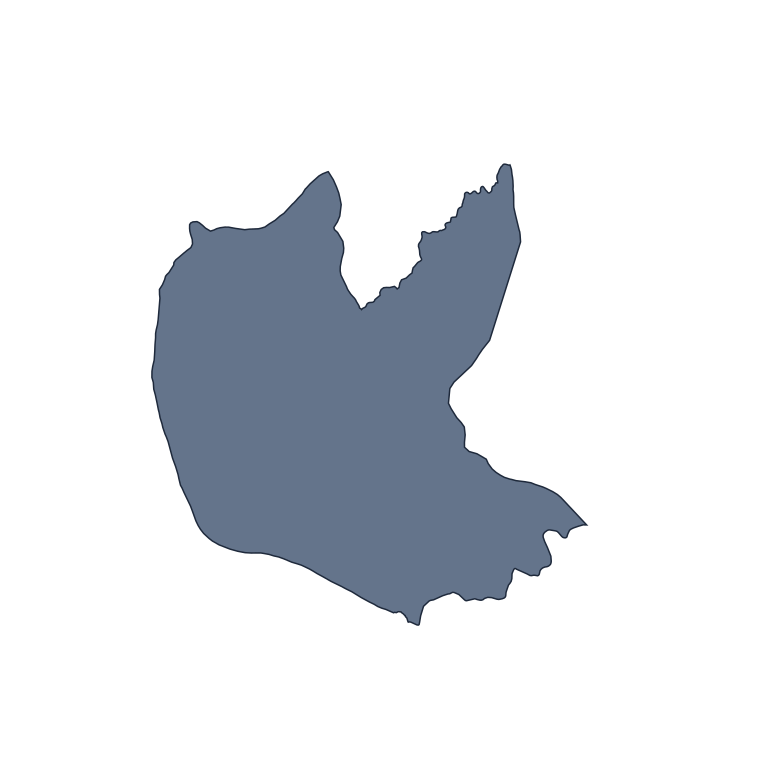 outline of Xieng Ngeun, Louangphrabang, Laos, rotated 322°
{"feature_id": "54806243B25944960154772", "entity_name": "Xieng Ngeun", "entity_type": "district", "adm_level": 2, "iso_a3": "LAO", "parent_name": "Laos", "parent_adm1": "Louangphrabang", "projection": "natural_earth1", "projection_center": [102.356, 19.612], "detail": "fine", "context": "isolated", "style": "filled", "palette": "slate", "viewbox_px": 768, "rotation_deg": 322, "n_neighbors": 0, "source": "geoboundaries", "source_scale": "gbopen_adm2", "svg_char_len": 6171}
<svg xmlns="http://www.w3.org/2000/svg" viewBox="0 0 768 768"><g transform="rotate(322 384 384)"><path d="M456.9,619.8L453.5,582.3L452.6,577.9L450.8,573.0L447.6,566.3L445.8,563.0L441.3,556.3L439.0,552.3L434.9,547.8L428.5,541.4L425.9,537.9L424.6,536.4L421.4,531.7L419.6,527.6L417.9,522.7L416.9,517.6L417.1,510.9L418.3,506.2L414.3,496.2L409.5,489.6L408.5,483.4L411.5,479.5L416.6,474.1L420.8,467.3L421.1,462.0L420.6,455.3L421.7,444.7L422.9,438.9L433.1,428.1L440.3,425.6L464.3,423.4L472.4,420.9L476.6,419.3L482.9,417.3L494.1,414.6L579.1,356.1L583.1,350.2L584.6,347.7L585.4,345.6L591.8,331.5L595.0,324.8L597.1,321.9L601.6,316.1L603.7,313.1L605.3,310.3L607.5,307.7L610.7,303.2L612.6,300.1L613.8,297.8L616.5,293.4L617.9,289.7L618.1,288.9L617.9,288.9L617.2,288.5L615.3,285.9L614.4,285.0L613.5,284.5L612.9,284.5L612.2,284.6L611.2,284.9L609.4,285.1L609.0,285.4L607.3,286.0L603.9,288.1L601.7,289.1L600.3,290.5L599.1,292.3L598.9,293.0L598.5,294.1L597.4,295.5L597.1,295.3L596.2,294.5L595.8,294.5L595.4,294.6L594.7,295.1L594.0,295.4L593.0,295.6L591.0,295.3L590.6,295.5L589.2,296.5L588.1,297.8L587.4,298.2L586.6,298.3L585.2,298.4L584.5,298.3L584.1,297.8L583.7,297.2L583.7,295.4L583.5,294.2L583.7,290.7L583.6,289.5L583.4,289.1L582.5,288.7L581.5,288.8L580.6,289.4L580.0,289.9L578.4,291.9L577.7,292.2L576.9,292.3L576.2,292.3L575.4,291.9L574.9,291.3L574.7,290.4L574.7,289.1L574.5,288.3L574.2,287.9L573.3,287.4L572.8,287.3L570.3,287.5L569.0,287.2L568.6,286.9L568.3,286.4L568.2,285.2L567.7,284.3L566.8,283.6L566.2,283.5L565.5,283.5L565.0,283.6L564.5,283.9L563.2,285.5L562.2,286.5L560.9,287.4L560.1,287.8L558.7,288.8L557.9,289.6L556.5,290.4L555.1,291.8L554.5,292.1L553.7,292.1L552.2,291.7L551.5,291.7L550.9,291.7L550.2,291.9L549.5,292.3L548.9,292.7L546.3,295.0L544.3,296.4L543.9,296.6L543.4,296.6L543.0,296.4L540.6,294.8L539.8,294.5L539.2,294.5L538.9,294.6L538.0,295.6L537.2,296.1L536.6,296.8L536.1,297.1L535.5,297.1L534.1,296.3L532.6,295.7L531.2,295.6L530.2,296.1L529.9,296.5L529.7,296.9L529.5,297.9L529.0,298.7L528.7,299.0L527.7,299.3L526.9,299.4L525.1,298.8L523.9,298.6L523.3,297.9L522.4,297.4L521.9,297.3L520.5,297.4L520.1,297.3L519.1,296.6L517.0,294.6L516.2,294.1L515.8,293.9L513.9,293.8L512.8,293.5L512.0,292.8L511.6,292.4L510.7,290.9L510.0,289.4L509.5,288.8L508.6,288.1L508.1,287.8L507.6,287.8L507.1,287.9L506.7,288.2L506.0,289.1L505.1,290.8L504.3,291.9L502.3,293.3L501.3,293.9L498.2,294.8L497.2,295.3L496.8,295.7L495.8,296.9L495.1,298.8L494.2,300.6L492.0,303.9L491.7,304.5L491.1,306.2L490.7,308.2L490.3,309.0L489.7,309.4L488.2,309.5L486.2,309.1L485.1,309.1L480.2,310.2L478.6,310.3L476.6,311.8L474.4,313.8L471.3,313.7L466.7,314.2L462.0,312.7L458.7,314.2L455.2,317.2L452.9,317.2L452.8,315.4L452.3,313.5L447.9,311.5L445.5,309.5L443.0,307.9L440.0,307.8L437.1,309.3L435.5,311.7L429.1,311.9L428.4,312.1L427.8,312.6L427.0,312.8L426.3,312.8L425.3,312.6L422.8,310.9L421.9,310.5L421.3,310.4L420.4,310.4L419.8,310.5L417.3,311.8L416.1,311.8L413.9,311.3L412.1,311.5L412.2,310.9L412.0,310.2L411.6,309.4L411.6,308.8L412.2,307.7L412.5,306.4L413.0,302.2L413.5,299.9L413.5,297.6L413.3,295.8L413.1,292.8L413.2,291.4L413.4,288.4L413.7,286.4L414.4,284.2L417.1,271.6L419.1,267.9L421.9,264.5L428.0,259.1L433.0,255.4L435.9,252.2L439.4,246.3L440.7,236.0L440.0,231.9L440.8,229.8L447.2,227.5L452.5,224.5L460.7,216.3L463.5,210.8L465.9,205.7L467.9,199.4L469.8,191.9L470.8,182.4L469.9,182.0L465.1,180.6L460.9,180.0L449.0,180.8L443.4,181.8L442.0,181.9L436.7,183.9L430.7,184.7L427.7,185.3L424.4,185.8L422.6,185.9L415.0,187.1L410.2,187.9L405.5,187.6L399.1,188.0L392.0,187.2L386.9,187.0L383.2,185.6L380.5,184.3L373.1,179.0L369.3,176.7L362.9,170.1L360.4,167.3L358.1,164.7L355.2,162.4L351.1,160.0L347.8,158.6L344.9,158.0L341.4,156.7L339.3,151.3L338.7,147.3L337.7,143.2L336.6,140.9L333.2,138.6L330.7,138.1L328.9,138.8L326.5,141.8L325.0,144.2L323.7,147.1L321.9,152.0L319.3,155.8L315.8,157.6L311.2,157.5L306.6,157.6L300.4,157.9L296.4,158.0L293.3,158.9L291.5,160.8L283.1,163.8L280.2,164.1L278.2,164.6L275.4,166.7L270.5,169.4L265.3,171.2L262.2,175.3L260.3,178.4L245.6,194.3L242.0,197.8L237.7,201.2L235.1,203.6L232.4,207.0L227.8,212.0L223.4,217.2L217.6,223.7L212.5,227.8L209.0,231.1L205.1,236.0L203.2,240.7L199.4,246.3L197.1,251.8L193.6,259.0L190.3,265.5L189.2,268.1L186.8,272.7L184.6,278.6L182.9,282.2L180.6,288.8L179.9,291.7L178.4,296.5L171.7,312.3L168.9,321.0L166.0,328.5L164.1,332.3L161.3,338.5L160.8,341.7L159.6,346.4L156.4,361.0L154.7,366.4L151.5,376.1L150.4,381.2L149.9,385.7L149.9,390.8L151.1,398.1L152.1,402.1L155.0,409.2L161.0,419.3L165.8,425.8L170.7,431.4L175.5,435.6L179.7,438.8L183.0,441.4L185.3,443.9L188.5,447.5L191.4,451.7L194.4,455.3L197.3,459.9L201.6,467.6L204.8,472.1L207.3,475.8L209.1,479.3L211.5,484.2L213.1,488.2L214.5,492.0L217.5,498.9L220.8,507.0L225.6,516.8L227.8,521.8L230.7,527.8L234.6,538.3L238.2,546.6L240.6,551.5L242.1,555.5L244.3,559.4L246.7,562.8L250.7,570.2L251.7,570.4L253.0,571.8L254.9,572.1L255.5,572.5L256.5,573.5L257.1,573.9L257.0,574.7L257.7,577.1L257.8,578.1L257.8,578.8L258.2,579.5L257.7,580.3L257.9,582.6L256.7,585.6L256.5,586.6L257.2,586.8L258.5,588.1L261.6,594.1L262.6,595.1L263.5,595.2L265.2,593.8L270.2,589.2L278.3,583.5L286.2,582.8L287.5,583.2L290.2,584.6L300.0,587.0L305.0,588.8L306.7,589.8L309.6,590.3L310.8,591.3L311.7,592.9L313.4,596.0L314.5,603.3L314.8,604.7L315.6,605.6L323.4,609.2L324.7,611.2L326.6,613.5L327.8,614.4L329.1,614.9L331.3,614.9L334.4,616.0L337.3,618.6L340.5,623.1L341.9,624.5L344.9,626.0L346.8,626.6L348.1,626.6L349.4,626.0L351.7,623.5L353.2,622.4L358.3,619.1L360.5,618.6L362.7,617.8L364.9,616.1L368.1,612.3L370.3,611.0L372.2,610.0L373.4,609.9L374.0,610.4L374.5,611.7L379.9,621.9L381.1,624.7L382.2,625.8L384.2,626.8L385.2,627.7L387.0,629.7L388.0,629.9L389.2,629.5L391.9,627.3L393.6,626.7L395.7,626.6L397.9,627.2L400.2,628.4L401.7,628.8L404.0,628.7L405.5,627.8L406.7,626.6L409.5,622.4L412.1,613.5L413.6,607.1L415.1,602.7L416.3,601.1L417.7,600.2L419.6,599.8L422.5,599.9L424.2,600.5L425.3,601.6L428.7,605.3L429.6,606.6L430.0,608.4L430.2,613.5L430.5,614.9L431.2,616.0L432.2,616.9L433.2,617.2L434.0,617.1L436.2,615.5L438.9,614.1L440.2,613.5L442.0,613.5L444.8,614.1L449.7,615.8L454.2,617.6L456.9,619.8Z" fill="#64748b" stroke="#1e293b" stroke-width="1.5"/></g></svg>